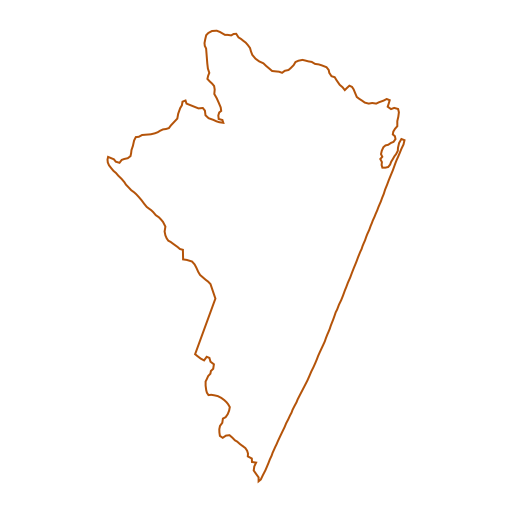 Conde, Bahia, Brazil (Robinson projection)
{"feature_id": "56859067B41531106356", "entity_name": "Conde", "entity_type": "district", "adm_level": 2, "iso_a3": "BRA", "parent_name": "Brazil", "parent_adm1": "Bahia", "projection": "robinson", "projection_center": [-37.676, -11.864], "detail": "fine", "context": "isolated", "style": "outline", "palette": "amber", "viewbox_px": 512, "rotation_deg": 0, "n_neighbors": 0, "source": "geoboundaries", "source_scale": "gbopen_adm2", "svg_char_len": 4386}
<svg xmlns="http://www.w3.org/2000/svg" viewBox="0 0 512 512"><path d="M404.5,140.2L401.4,139.0L399.1,143.0L398.0,147.7L397.8,150.8L396.1,154.1L394.4,156.3L392.7,159.3L391.2,161.7L390.1,164.6L388.2,167.0L385.2,167.7L382.4,167.7L381.6,165.0L381.9,162.1L380.3,159.0L382.3,156.8L381.0,154.1L381.8,150.7L383.4,147.2L385.5,145.4L388.2,144.8L391.0,142.9L393.5,141.9L395.5,139.1L394.9,136.2L392.8,134.4L393.3,131.6L395.0,128.8L397.3,126.2L397.3,121.1L398.3,116.8L398.9,112.3L398.1,109.0L394.2,107.9L391.0,109.1L387.7,106.7L388.8,103.3L389.7,100.2L386.7,99.0L383.6,100.6L378.9,102.3L376.2,103.6L372.2,103.0L368.7,103.6L364.8,102.6L362.0,100.6L359.2,98.8L356.8,97.0L355.2,93.2L353.6,89.3L352.0,86.9L349.4,85.7L346.9,88.0L344.8,90.1L342.6,87.3L339.7,84.8L336.4,80.0L334.7,77.2L331.5,76.2L329.3,72.9L328.7,70.0L326.5,67.2L321.6,65.3L318.7,64.4L315.0,63.9L311.7,61.9L308.5,61.4L305.1,60.5L302.5,59.9L298.5,60.7L295.5,62.0L293.6,65.2L290.7,68.1L288.5,70.0L284.8,70.8L282.1,72.8L279.0,71.7L275.8,71.4L272.1,71.0L269.2,68.5L266.2,66.0L263.4,63.3L259.2,61.4L255.5,58.7L252.3,54.9L251.0,51.5L250.0,48.0L247.8,45.0L245.7,42.6L243.3,40.8L241.1,39.0L238.5,37.4L236.2,33.8L233.6,34.0L231.2,35.4L227.8,34.9L225.0,34.9L222.4,33.4L220.0,32.0L216.7,30.7L212.0,31.0L208.3,33.0L206.2,35.2L205.2,39.4L204.5,43.1L204.8,45.9L206.1,48.5L207.3,63.6L207.9,68.6L209.3,72.9L208.2,75.6L207.4,78.9L209.8,81.5L212.1,83.6L214.1,86.0L214.7,89.5L214.3,94.0L216.7,98.2L218.8,102.9L220.7,107.4L221.2,110.9L219.2,112.5L218.3,115.5L218.7,119.0L222.4,120.0L223.3,122.8L219.2,122.2L216.4,121.3L213.4,119.9L208.6,118.2L205.5,115.3L204.9,110.6L202.8,108.0L198.5,108.4L186.5,103.6L185.5,100.5L182.5,101.7L181.9,105.3L180.2,108.1L178.2,113.7L177.3,118.6L170.9,125.4L168.9,128.1L166.0,129.0L163.0,129.4L160.0,130.8L157.8,132.2L154.9,133.3L150.8,134.3L145.8,134.7L142.1,135.0L138.8,136.8L135.8,137.1L134.1,140.5L132.9,145.9L131.5,150.0L131.1,153.3L130.5,156.1L127.8,158.2L124.2,159.0L121.7,159.9L119.5,162.8L115.8,161.7L113.9,159.3L108.1,156.9L107.5,159.6L107.8,162.5L109.0,165.3L111.5,168.5L113.5,170.9L116.0,173.0L118.3,175.7L121.6,178.9L124.4,182.2L125.9,184.6L128.4,187.2L131.2,190.2L134.1,192.3L136.1,194.1L138.8,197.0L141.6,200.3L144.1,203.7L146.7,206.9L149.1,208.7L151.2,210.2L153.2,212.1L155.8,215.2L158.9,217.3L161.0,219.5L163.0,221.9L165.4,226.6L164.6,231.5L165.4,235.4L166.7,238.4L168.3,240.7L170.6,241.9L172.6,243.4L175.5,245.5L177.6,247.0L179.9,249.0L182.9,249.8L183.1,259.4L186.7,259.9L192.0,261.5L194.6,264.4L196.4,267.8L198.3,272.0L200.1,275.0L203.6,278.0L205.7,279.8L208.1,281.6L210.5,284.1L215.4,298.6L195.1,354.2L197.3,356.0L200.7,358.6L204.1,360.4L206.7,356.8L209.4,357.9L210.5,361.7L213.9,364.3L213.2,368.8L210.9,371.0L210.4,373.7L208.2,376.0L206.8,379.1L205.6,381.5L205.6,385.6L206.2,390.1L206.9,392.7L208.5,395.1L211.2,394.8L214.3,395.3L217.8,396.1L221.3,397.9L224.4,400.2L226.5,402.2L228.1,404.2L229.8,407.1L229.1,410.7L227.7,414.2L225.6,417.2L222.9,418.6L222.3,422.8L220.0,425.9L219.3,429.2L219.4,432.5L219.9,435.9L222.7,437.8L226.0,435.6L229.5,435.2L232.4,437.7L234.9,440.3L237.2,441.6L240.0,444.1L245.3,448.0L247.1,450.7L248.0,453.6L247.8,456.4L251.8,458.5L252.0,462.0L256.1,462.6L254.3,466.4L253.7,470.5L256.0,473.8L258.6,477.4L258.6,481.3L260.8,479.5L262.9,475.1L265.3,470.5L266.8,467.0L268.4,463.2L269.9,459.3L271.6,455.7L272.6,452.8L274.1,449.5L275.3,446.8L276.5,444.4L278.0,440.9L280.2,436.2L282.6,431.2L284.6,427.1L286.2,423.2L288.2,419.4L290.0,415.5L291.5,412.7L292.6,409.7L294.7,405.6L296.5,402.3L297.6,399.5L299.9,395.0L302.4,390.2L305.3,384.6L307.4,380.5L309.3,376.2L311.3,371.5L313.4,367.3L315.4,362.8L316.9,359.2L318.1,356.0L319.7,352.4L321.1,349.4L323.3,344.7L324.8,341.4L326.0,337.9L327.3,334.6L328.4,332.1L329.8,328.7L330.7,325.9L331.7,323.3L332.9,320.3L333.9,317.6L334.8,315.0L335.7,312.3L337.1,309.6L339.0,304.6L341.2,300.1L343.0,295.6L345.0,290.1L346.1,287.5L347.9,282.7L350.2,277.5L351.9,272.9L353.9,267.8L355.2,264.7L356.6,261.2L358.1,257.1L359.2,254.4L360.3,251.7L361.6,249.0L362.5,246.2L363.7,243.3L365.0,240.4L366.2,236.9L367.2,234.3L369.3,229.7L370.7,225.8L371.8,223.2L372.8,220.5L374.5,216.8L375.7,213.8L377.2,210.4L378.5,206.9L379.7,204.1L380.8,201.6L382.2,197.7L383.8,193.8L385.1,189.6L387.1,184.7L388.8,180.1L390.8,175.2L392.8,170.4L394.2,166.5L395.5,162.9L396.6,160.1L398.1,156.8L399.8,152.8L401.5,148.6L403.5,144.5L404.5,140.2Z" fill="none" stroke="#b45309" stroke-width="2"/></svg>